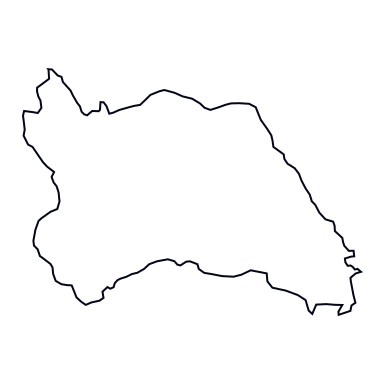 the district of Mari, Larnaca, Cyprus
{"feature_id": "46923920B82704308183910", "entity_name": "Mari", "entity_type": "district", "adm_level": 2, "iso_a3": "CYP", "parent_name": "Cyprus", "parent_adm1": "Larnaca", "projection": "orthographic", "projection_center": [33.292, 34.734], "detail": "fine", "context": "isolated", "style": "outline", "palette": "ink", "viewbox_px": 384, "rotation_deg": 0, "n_neighbors": 0, "source": "geoboundaries", "source_scale": "gbopen_adm2", "svg_char_len": 2200}
<svg xmlns="http://www.w3.org/2000/svg" viewBox="0 0 384 384"><path d="M85.8,304.9L91.5,302.4L99.5,300.7L103.5,297.9L102.5,291.7L107.4,287.1L110.3,288.7L113.6,287.2L114.8,283.1L117.7,280.0L121.2,278.4L126.4,276.8L132.0,274.0L137.3,272.8L144.1,268.9L149.2,264.2L157.0,261.3L167.8,259.3L174.4,261.2L177.4,264.7L180.4,265.4L186.2,261.7L189.9,261.3L197.4,264.2L198.8,269.0L204.3,272.9L210.6,273.9L222.1,276.1L233.6,276.7L241.4,274.7L250.7,270.3L266.7,273.4L267.4,281.4L272.4,287.7L285.8,290.6L297.9,295.1L305.6,300.1L308.7,310.6L312.3,313.9L316.2,304.6L326.2,304.1L334.7,304.8L342.3,305.0L338.4,311.7L338.7,314.8L350.4,310.9L351.5,305.5L355.4,302.8L355.0,301.2L353.4,294.9L350.8,281.2L350.5,277.8L355.6,273.5L361.0,271.8L357.5,268.9L354.8,269.5L352.7,266.9L350.6,265.5L347.7,265.8L345.4,262.3L344.9,258.5L351.2,256.6L354.2,256.3L353.6,250.8L349.9,250.8L348.9,250.9L344.3,245.8L343.1,242.2L342.3,237.9L334.9,231.1L334.6,225.8L333.2,221.7L325.4,219.3L319.3,212.6L315.3,204.9L311.8,201.3L309.8,194.7L305.7,188.6L301.5,180.6L299.0,173.9L294.7,168.2L287.5,163.7L284.4,159.0L283.7,154.4L273.4,146.9L272.5,140.5L271.3,135.3L267.2,128.9L260.8,119.9L255.7,107.2L249.1,103.8L239.4,103.2L231.0,103.4L225.8,104.7L218.3,107.4L210.4,109.9L204.6,107.8L200.1,103.5L192.1,98.7L182.7,96.4L174.6,92.8L164.3,90.0L159.3,91.3L150.4,94.9L146.2,99.1L140.1,104.9L134.1,105.9L130.6,106.8L119.5,109.9L112.9,112.8L109.3,113.7L106.4,106.0L103.6,102.3L100.5,102.1L100.3,104.8L100.0,109.8L98.7,111.2L92.2,111.0L89.2,113.5L87.2,115.3L84.1,114.3L81.6,111.7L79.9,106.3L77.2,102.9L75.2,99.4L73.2,96.0L70.5,90.5L62.9,82.0L61.5,76.9L57.7,75.5L52.0,69.5L48.3,69.2L48.5,69.5L49.1,78.8L37.1,87.7L37.0,91.3L38.3,96.4L40.5,100.7L41.4,107.9L37.8,113.0L32.7,112.1L24.1,111.0L23.0,115.7L23.9,122.5L24.7,129.6L23.6,135.7L28.1,144.6L32.5,146.9L36.5,152.7L38.8,156.1L43.0,162.2L47.1,166.6L54.1,172.0L51.6,177.0L53.7,182.6L56.6,186.2L58.6,192.5L59.5,201.4L57.3,209.0L50.5,211.8L48.7,213.1L41.5,218.2L38.5,221.0L35.4,229.9L33.4,240.7L34.0,245.6L37.7,249.4L39.9,256.0L44.4,259.3L50.5,264.0L52.5,267.4L53.2,274.1L55.7,280.9L61.4,284.2L67.0,285.1L71.7,285.4L73.6,290.1L76.5,297.4L81.4,301.9L85.8,304.9Z" fill="none" stroke="#020617" stroke-width="2"/></svg>